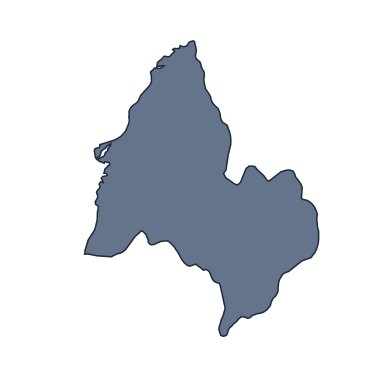 an SVG outline of Otago, rotated 168°
{"feature_id": "NZL-3407", "entity_name": "Otago", "entity_type": "Regional Council", "adm_level": 1, "iso_a3": "NZL", "parent_name": "New Zealand", "parent_adm1": "", "projection": "orthographic", "projection_center": [169.783, -45.312], "detail": "fine", "context": "isolated", "style": "filled", "palette": "slate", "viewbox_px": 384, "rotation_deg": 168, "n_neighbors": 0, "source": "natural_earth", "source_scale": "10m", "svg_char_len": 3841}
<svg xmlns="http://www.w3.org/2000/svg" viewBox="0 0 384 384"><g transform="rotate(168 192 192)"><path d="M310.0,153.6L309.2,155.3L308.9,156.9L303.5,166.7L294.8,175.5L290.5,184.5L288.6,192.3L287.5,194.6L286.5,197.3L287.6,198.7L288.9,200.0L288.7,202.5L285.8,205.8L285.1,207.3L285.1,208.5L285.3,209.7L285.5,211.1L284.4,213.1L282.3,214.5L280.7,216.2L281.2,218.9L280.2,220.2L279.3,220.8L278.3,220.7L277.0,219.7L277.1,220.9L277.3,222.0L278.0,224.1L276.7,225.3L275.7,225.7L272.9,225.6L271.4,226.1L271.4,227.2L272.5,228.3L274.3,228.6L272.4,232.5L271.8,233.1L271.0,233.4L270.0,234.0L268.4,235.3L267.8,235.5L267.3,235.4L266.9,235.4L266.8,236.4L266.8,237.4L266.8,238.0L267.2,238.2L267.8,238.3L269.0,238.7L270.0,239.4L271.0,239.6L272.0,238.3L273.4,239.6L275.4,240.6L276.9,241.8L276.9,243.3L275.6,244.3L271.9,245.0L270.3,245.8L268.8,248.1L268.3,248.8L267.6,249.1L266.7,249.3L266.0,249.7L265.0,252.4L262.1,254.3L261.4,256.2L262.8,255.4L265.5,254.7L267.9,252.7L271.3,251.4L272.4,250.4L273.6,247.9L274.5,246.6L275.6,245.9L276.5,245.7L277.4,245.2L278.3,243.6L279.0,245.0L279.3,246.7L279.0,252.7L278.3,254.1L277.1,254.7L275.5,254.8L274.0,254.7L273.6,254.8L272.9,255.5L272.4,256.2L272.5,256.9L272.3,257.5L256.5,259.0L250.0,261.2L244.3,265.3L239.9,271.7L238.7,274.3L238.4,275.5L238.1,278.8L237.4,280.8L237.3,281.8L236.7,284.2L235.3,286.2L233.6,287.9L232.0,288.9L228.0,290.6L226.1,291.8L224.5,293.8L223.2,295.8L221.7,297.5L211.2,305.0L208.6,308.6L207.6,314.3L207.8,317.3L207.4,318.4L205.3,319.2L203.5,320.7L202.9,321.1L201.6,320.8L199.1,319.8L197.8,319.6L196.5,319.8L194.3,320.7L193.1,321.1L194.3,321.6L200.4,321.9L198.9,325.7L196.5,327.3L193.8,328.4L191.3,330.5L190.3,330.4L188.3,329.6L186.2,329.1L184.6,329.8L183.7,330.7L179.7,333.1L180.1,333.6L180.9,334.9L181.3,335.4L179.3,336.1L176.8,335.3L174.4,335.2L173.1,337.7L171.5,336.4L171.0,336.2L168.4,335.8L167.1,335.9L166.1,336.6L164.6,338.3L163.7,339.0L162.8,339.3L160.2,339.6L159.1,339.5L158.2,338.5L158.4,336.3L158.2,335.0L158.3,329.2L159.5,326.8L160.4,324.0L160.3,321.8L157.2,317.5L156.8,315.2L156.8,312.3L156.1,309.4L155.2,306.7L155.7,303.4L156.8,300.6L157.3,297.4L157.4,290.3L154.9,284.3L154.0,281.3L154.1,278.5L153.3,274.8L151.2,271.1L149.2,268.3L148.5,264.8L148.4,261.6L148.6,258.5L148.3,255.7L147.3,253.4L145.0,251.3L143.7,249.9L143.3,246.0L142.9,243.8L142.7,241.9L142.7,238.8L143.1,235.3L144.2,230.5L148.9,220.7L154.1,206.6L157.3,203.5L155.9,198.9L148.8,191.1L146.0,189.4L142.6,191.3L134.2,203.7L130.9,205.4L127.9,204.9L125.3,203.9L123.4,200.1L118.4,193.1L116.0,187.6L114.3,186.7L100.9,193.2L95.8,193.7L92.7,193.5L88.9,191.6L87.8,188.4L87.6,185.3L85.1,180.2L83.7,176.6L83.3,173.4L86.0,164.1L85.7,162.0L81.3,160.0L79.1,158.1L76.9,155.2L75.3,151.8L74.5,148.3L74.0,144.2L75.5,140.0L76.6,131.2L76.3,127.2L78.1,119.0L79.5,114.9L82.2,110.1L84.8,106.7L87.3,104.9L89.0,103.1L98.7,101.8L113.9,94.2L119.0,93.4L121.1,92.0L124.0,88.9L125.8,86.1L127.6,80.8L128.1,78.6L128.9,76.3L130.3,74.5L132.1,72.7L134.8,71.1L137.6,67.6L138.4,65.6L139.2,64.5L142.9,61.4L146.5,59.8L149.8,59.2L153.7,59.4L158.6,58.6L161.5,57.0L163.9,56.9L165.2,57.9L167.2,59.0L169.8,59.7L172.9,58.0L175.5,56.0L178.8,54.3L181.6,52.3L183.9,51.0L185.5,48.9L186.6,46.6L188.0,44.7L189.9,44.4L191.4,44.4L193.7,45.8L194.3,51.8L193.4,54.5L191.4,57.9L190.1,60.8L188.4,63.0L186.5,66.0L185.5,68.1L183.9,70.7L183.7,73.1L183.8,92.9L184.0,95.6L184.5,97.2L186.9,98.3L189.1,100.2L190.3,103.1L191.6,110.3L193.1,112.4L194.9,113.4L197.1,113.1L199.2,116.0L203.6,120.7L209.3,119.9L211.8,121.1L214.2,124.2L216.0,128.0L218.4,136.0L221.1,142.5L223.4,146.3L225.1,148.4L227.5,149.7L233.0,150.1L239.8,148.6L242.8,148.8L244.2,149.8L245.2,152.0L244.9,154.4L245.4,157.4L246.1,160.3L247.8,163.1L249.4,164.6L256.9,160.3L269.1,149.3L271.9,147.9L274.9,147.1L278.0,147.1L284.5,145.4L298.3,149.4L306.4,152.9L310.0,153.6Z" fill="#64748b" stroke="#1e293b" stroke-width="1.5"/></g></svg>